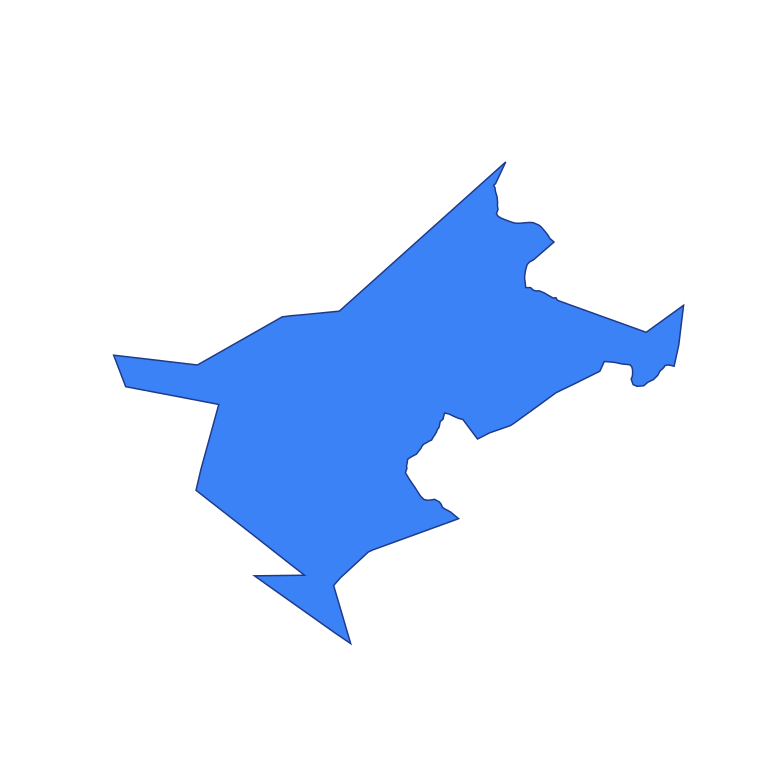 São João do Piauí, Piauí, Brazil (Equal Earth projection), rotated 113°
{"feature_id": "56859067B41034930861152", "entity_name": "São João do Piauí", "entity_type": "district", "adm_level": 2, "iso_a3": "BRA", "parent_name": "Brazil", "parent_adm1": "Piauí", "projection": "equal_earth", "projection_center": [-42.318, -8.328], "detail": "fine", "context": "isolated", "style": "filled", "palette": "blue", "viewbox_px": 768, "rotation_deg": 113, "n_neighbors": 0, "source": "geoboundaries", "source_scale": "gbopen_adm2", "svg_char_len": 2043}
<svg xmlns="http://www.w3.org/2000/svg" viewBox="0 0 768 768"><g transform="rotate(113 384 384)"><path d="M636.0,313.2L589.2,351.6L579.4,348.4L557.1,338.3L544.8,332.8L541.0,329.4L491.7,276.5L478.8,262.7L477.5,267.1L475.9,272.4L475.4,276.2L475.3,279.2L474.6,282.0L472.3,284.5L470.9,287.0L470.4,292.4L472.3,295.3L473.9,298.2L474.7,302.0L473.2,306.0L471.4,308.9L469.4,311.8L467.1,315.1L464.2,319.7L461.4,324.0L459.4,326.7L457.3,329.6L452.9,329.9L450.4,331.3L447.2,331.9L444.1,332.8L441.5,331.2L439.0,329.3L435.8,326.7L433.2,326.1L428.9,324.9L426.0,324.7L423.6,323.8L421.6,322.0L419.1,320.3L417.0,318.3L414.2,318.0L411.0,317.4L407.8,316.9L405.2,317.1L402.8,316.4L399.8,316.9L396.7,317.6L393.3,315.9L390.4,316.5L387.0,316.9L386.2,312.2L386.5,306.9L386.5,301.6L385.8,297.6L398.1,276.4L387.6,267.6L379.9,259.1L372.8,251.3L369.5,249.1L340.5,231.6L325.0,222.4L320.6,218.6L309.5,208.8L304.2,204.3L287.9,190.3L277.2,190.0L276.0,186.4L274.3,181.2L273.6,178.3L272.6,172.9L270.2,165.1L271.4,162.6L273.8,160.8L276.8,159.4L280.0,158.4L282.9,158.4L287.2,154.5L287.3,150.2L284.1,144.2L279.3,141.8L274.6,137.7L269.1,135.4L264.5,135.1L259.6,132.9L257.4,132.6L255.6,130.4L254.7,126.7L254.3,123.9L232.9,127.9L194.5,139.0L234.0,162.9L238.5,243.9L239.2,257.0L237.4,259.5L238.8,261.9L238.0,268.8L237.5,272.4L237.6,277.7L238.9,280.2L239.3,283.1L238.0,286.7L239.9,291.3L237.5,292.5L231.5,296.0L229.0,296.9L225.1,297.9L222.7,298.3L218.2,298.9L214.8,297.7L211.3,294.9L186.9,283.0L185.1,288.5L183.4,290.5L182.0,292.9L179.3,298.0L178.0,300.8L177.2,303.6L177.2,309.8L178.4,313.1L180.8,317.8L182.8,321.5L184.2,324.7L185.0,328.0L185.3,332.6L185.5,337.5L185.5,340.6L185.1,344.3L183.4,347.0L178.6,347.3L175.7,349.2L172.0,350.6L167.3,353.2L163.4,356.5L160.0,358.5L158.3,360.7L156.0,359.6L132.0,358.7L334.4,453.6L354.1,489.8L357.4,496.1L362.0,504.0L439.4,563.2L463.1,644.1L487.4,620.7L473.3,555.6L467.4,528.1L534.0,519.2L555.3,515.5L571.4,455.5L587.4,396.4L591.1,382.5L611.2,428.3L614.8,412.0L632.2,332.4L636.0,313.2Z" fill="#3b82f6" stroke="#1e3a8a" stroke-width="1.5"/></g></svg>